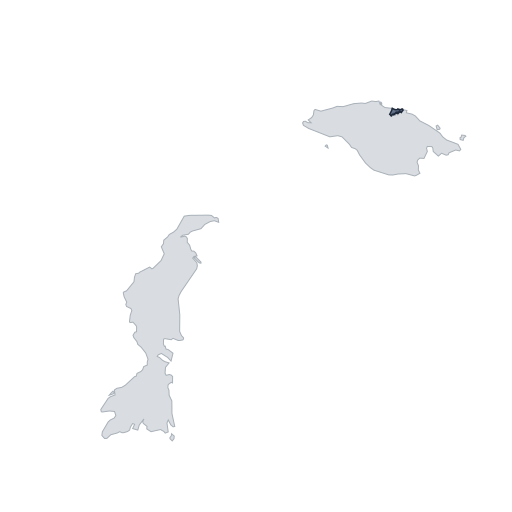 Sabak Bernam, Selangor, Malaysia (highlighted), rotated 137°
{"feature_id": "92858781B3591974516081", "entity_name": "Sabak Bernam", "entity_type": "district", "adm_level": 2, "iso_a3": "MYS", "parent_name": "Malaysia", "parent_adm1": "Selangor", "projection": "mercator", "projection_center": [101.106, 3.678], "detail": "fine", "context": "in_parent", "style": "filled", "palette": "slate", "viewbox_px": 512, "rotation_deg": 137, "n_neighbors": 0, "source": "geoboundaries", "source_scale": "gbopen_adm2", "svg_char_len": 5211}
<svg xmlns="http://www.w3.org/2000/svg" viewBox="0 0 512 512"><g transform="rotate(137 256 256)"><path d="M450.9,254.6L447.9,254.1L443.8,251.5L439.5,250.6L427.2,250.6L425.5,249.8L423.1,251.3L418.8,250.0L416.3,250.2L413.6,251.7L409.8,250.4L407.9,252.6L405.4,254.1L402.8,260.2L402.2,267.5L402.7,272.1L401.5,274.5L401.0,279.7L400.0,281.9L396.6,282.9L395.0,282.1L391.9,285.3L391.2,286.6L391.1,291.5L393.5,293.2L393.4,294.2L388.4,298.4L384.0,300.8L383.3,302.9L385.1,307.3L384.3,309.3L382.0,310.4L380.3,316.0L378.2,319.6L377.4,319.9L374.4,318.8L362.8,320.4L359.4,323.3L356.1,325.1L353.5,323.4L352.1,323.5L341.3,320.4L340.9,317.6L339.8,317.2L328.6,317.4L321.6,320.2L319.0,327.3L315.3,328.1L312.6,330.5L307.7,330.2L304.8,330.9L300.0,329.7L295.6,329.6L281.3,334.1L276.7,330.9L262.8,318.2L260.9,316.0L260.4,312.1L258.9,311.4L258.4,310.4L258.1,309.3L260.3,306.1L262.4,310.2L265.9,312.4L271.9,314.0L277.6,313.5L285.4,317.6L287.9,318.3L290.6,318.0L295.5,321.2L298.5,321.3L294.6,319.1L293.9,317.4L294.3,315.6L296.9,313.0L297.2,309.1L299.2,305.2L299.6,303.4L298.2,302.0L297.9,299.6L299.0,296.3L301.6,298.0L303.8,297.6L303.8,291.5L305.5,288.9L308.1,287.1L334.8,281.1L339.2,279.6L342.2,277.8L351.8,265.0L363.3,252.9L364.8,248.6L364.8,245.6L365.4,244.9L366.7,244.5L369.2,246.1L370.5,247.2L372.9,252.4L375.1,252.6L378.8,257.5L379.7,258.2L380.8,257.8L383.8,254.7L384.6,252.3L383.9,252.0L385.3,249.3L384.1,247.6L383.0,241.5L389.8,237.1L389.8,242.1L391.7,249.3L395.0,250.4L396.8,249.9L395.8,247.7L395.5,243.5L394.6,240.7L392.5,237.1L398.1,236.3L402.4,232.4L403.1,230.0L400.3,228.5L399.2,226.7L399.2,224.7L403.6,220.1L404.1,221.4L406.9,221.8L408.2,221.7L410.2,219.9L411.2,217.2L414.5,213.4L416.4,207.4L425.0,198.0L431.7,186.7L433.1,187.6L433.5,190.6L432.0,195.9L435.0,194.6L440.2,187.2L443.2,188.4L443.0,190.4L444.2,194.2L452.6,199.1L453.8,204.0L451.9,205.8L452.6,210.5L451.9,212.0L449.1,213.3L456.7,212.0L461.2,209.3L463.9,213.9L459.5,215.7L460.5,217.6L464.6,216.5L467.1,214.9L469.6,215.2L473.4,217.1L474.6,218.2L475.4,220.4L478.2,221.2L484.1,224.3L489.4,224.3L491.2,225.8L491.1,229.9L488.3,232.2L477.2,235.5L474.3,235.4L470.3,234.2L467.3,234.9L465.5,238.8L468.9,242.6L474.6,246.6L475.4,247.6L474.2,249.6L461.3,252.7L458.6,252.4L453.8,250.5L450.9,254.6ZM32.1,199.9L33.5,194.3L35.5,194.1L37.6,197.3L44.4,199.8L46.4,199.0L47.4,199.5L48.3,200.3L50.2,204.6L54.5,204.7L55.1,211.6L53.1,214.3L52.8,216.1L56.0,219.3L57.8,218.5L59.4,215.6L66.6,212.8L69.5,215.9L72.2,215.9L74.2,214.8L75.7,211.1L78.6,208.2L79.7,204.7L83.8,205.7L85.4,206.4L90.1,213.9L96.2,219.1L100.8,222.0L103.6,224.8L111.2,238.3L112.1,242.6L112.5,249.3L111.3,259.3L109.9,264.3L110.2,266.6L112.1,270.3L111.5,273.7L111.8,284.4L114.1,288.2L120.7,292.8L130.5,313.4L132.2,319.2L131.2,321.5L129.5,322.0L128.0,320.9L127.1,318.1L124.8,315.8L125.0,319.9L120.8,319.3L117.9,320.0L114.4,322.8L112.8,322.9L109.8,317.7L98.8,311.8L94.7,310.2L90.4,305.8L80.7,300.8L74.6,296.0L72.0,293.0L65.7,290.4L63.0,287.2L60.4,285.5L61.8,282.5L60.5,276.7L56.0,271.4L53.9,267.8L49.7,264.1L46.4,259.5L48.4,258.2L45.1,253.3L44.0,249.7L44.0,243.0L40.6,233.6L37.7,220.5L38.2,215.9L37.5,210.9L32.1,199.9ZM440.5,182.3L439.0,183.6L438.6,180.1L440.6,178.3L443.4,177.9L443.5,181.1L442.8,181.9L440.5,182.3ZM25.6,199.3L27.3,201.9L26.1,203.4L25.0,203.0L23.1,204.2L21.0,201.7L20.8,200.5L23.3,200.7L25.6,199.3ZM302.5,296.8L301.8,297.1L300.6,296.3L300.4,289.0L301.2,288.3L302.2,289.7L302.5,296.8ZM37.4,224.8L35.6,228.2L33.9,227.8L34.2,223.9L35.2,223.4L37.4,224.8ZM458.3,254.3L455.0,254.7L452.7,254.7L453.0,252.7L454.1,252.4L458.3,254.3ZM130.5,289.2L128.8,289.3L128.3,288.4L129.7,285.8L130.5,289.2ZM60.9,283.0L59.7,283.5L59.8,282.0L60.7,281.1L60.9,283.0Z" fill="#d9dde1" stroke="#a8b0b8" stroke-width="1"/><path d="M59.1,265.4L58.7,265.6L58.4,265.7L58.2,265.5L58.1,265.3L58.0,265.5L57.8,265.5L57.7,265.5L57.4,265.6L57.5,265.5L57.7,265.3L57.8,265.2L57.7,265.2L57.5,265.3L57.4,265.2L57.3,264.9L57.2,264.7L57.2,264.9L57.2,265.3L57.1,265.2L56.9,264.8L56.9,265.2L56.7,265.2L56.7,264.9L56.5,264.7L56.3,264.7L56.2,264.9L56.2,265.0L55.9,264.8L55.8,265.1L55.7,265.0L55.6,264.9L55.4,265.0L55.2,265.0L55.1,265.3L55.0,265.2L55.1,264.8L55.1,264.7L55.5,264.7L55.4,264.4L55.5,264.2L55.3,264.0L55.2,264.2L55.1,264.4L54.9,264.4L54.8,264.6L54.6,264.6L54.7,264.3L54.6,264.1L54.6,263.9L54.7,263.7L54.5,263.8L54.2,263.9L53.9,263.9L53.9,263.6L53.9,263.4L53.6,263.5L53.3,263.6L53.1,263.5L52.9,264.0L52.7,264.3L52.4,264.1L52.2,263.9L52.3,263.7L52.6,263.4L52.8,263.4L52.8,263.2L52.6,263.0L52.3,262.8L52.0,262.8L51.9,262.8L51.8,262.6L51.8,262.4L51.9,262.2L51.9,261.8L51.7,261.8L51.4,261.9L51.2,262.0L50.9,262.1L50.5,262.2L50.3,262.2L50.2,262.2L49.8,262.2L49.6,262.3L49.4,262.3L49.1,262.3L48.7,263.1L48.6,263.5L48.8,263.9L49.2,264.1L49.8,264.2L50.3,264.4L50.8,264.6L51.1,264.9L51.2,265.4L51.4,265.8L51.6,266.2L52.0,266.8L52.4,266.5L53.2,267.0L53.6,267.3L53.9,267.6L54.3,267.9L55.1,269.4L55.6,271.1L56.0,270.9L57.5,269.9L61.6,268.4L61.4,267.0L61.6,266.9L61.6,266.7L61.6,266.4L61.6,266.2L61.4,266.0L61.2,266.1L60.9,266.2L60.8,266.3L60.7,266.4L60.6,266.5L60.4,266.5L60.1,266.5L59.8,266.7L59.6,266.6L59.3,266.5L59.2,266.4L59.2,266.1L59.2,265.9L59.2,265.7L59.3,265.6L59.2,265.5L59.1,265.4Z" fill="#64748b" stroke="#1e293b" stroke-width="1.5"/></g></svg>